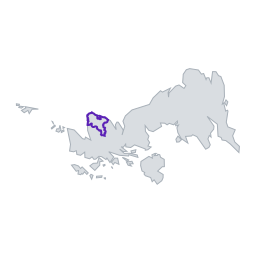 United Kingdom, with Aberdeenshire highlighted, rotated 268°
{"feature_id": "GBR-2013", "entity_name": "Aberdeenshire", "entity_type": "Unitary District", "adm_level": 1, "iso_a3": "GBR", "parent_name": "United Kingdom", "parent_adm1": "", "projection": "mercator", "projection_center": [-2.632, 57.223], "detail": "fine", "context": "in_parent", "style": "outline", "palette": "violet", "viewbox_px": 256, "rotation_deg": 268, "n_neighbors": 0, "source": "natural_earth", "source_scale": "10m", "svg_char_len": 6181}
<svg xmlns="http://www.w3.org/2000/svg" viewBox="0 0 256 256"><g transform="rotate(268 128 128)"><path d="M136.9,207.5L126.9,214.0L123.8,213.6L120.0,210.3L116.0,210.7L117.7,209.0L114.3,207.5L108.3,209.6L105.7,208.1L104.1,204.9L117.0,196.5L119.0,192.4L117.8,191.1L117.6,185.2L110.8,187.3L115.6,180.8L121.5,177.7L126.5,176.9L129.2,178.6L128.4,176.0L129.6,175.4L131.3,177.7L133.2,177.6L129.6,173.7L131.2,169.4L129.8,167.2L131.5,164.9L131.9,160.6L128.4,161.6L123.5,153.0L124.9,148.8L129.9,145.2L124.0,145.3L119.2,148.6L115.8,147.3L112.8,149.1L109.3,147.3L108.2,150.5L105.6,147.1L105.2,144.5L106.5,144.5L110.9,134.0L108.4,130.0L109.2,125.2L112.0,125.1L109.0,122.7L109.5,120.5L104.7,126.1L104.6,122.4L107.2,118.9L102.7,123.4L102.7,128.5L100.7,136.3L98.3,136.9L101.3,127.9L100.0,127.6L101.0,118.6L105.0,107.9L99.6,112.7L94.1,108.8L98.7,105.9L97.2,104.9L100.3,100.6L100.7,97.9L98.0,94.7L97.9,92.8L100.4,91.1L98.6,88.5L100.1,83.9L105.4,83.9L102.4,79.7L103.3,76.0L107.1,75.5L106.1,72.8L107.0,68.8L113.7,70.0L129.7,67.3L127.9,74.2L118.9,82.2L118.3,84.5L120.4,85.2L117.2,90.4L126.9,87.6L141.0,87.7L143.4,89.7L144.4,92.7L136.1,110.5L126.7,116.2L131.7,115.5L134.3,117.2L134.1,118.5L126.1,123.2L121.2,121.8L129.8,124.8L135.0,123.2L140.2,125.8L145.9,132.6L150.8,150.2L157.3,154.2L164.1,161.8L162.7,163.7L166.4,171.8L161.9,169.3L157.4,169.6L161.6,170.2L168.2,177.1L169.2,180.5L165.6,185.4L168.3,187.3L171.5,184.2L179.8,185.1L184.2,188.3L185.2,191.7L183.5,200.4L179.3,203.2L179.8,205.5L173.7,207.7L175.4,208.4L175.4,210.6L170.0,212.6L181.4,214.5L181.2,217.9L177.1,220.3L176.2,222.6L167.4,225.6L156.0,225.5L148.6,223.1L149.6,224.5L141.5,226.2L142.3,228.0L141.5,228.5L130.3,226.4L125.6,227.9L122.5,235.1L116.5,232.3L110.3,234.2L105.8,238.7L99.6,238.0L108.4,229.7L112.0,225.3L112.7,221.6L115.3,220.7L116.6,217.7L128.7,217.4L136.9,207.5ZM95.4,163.1L88.1,163.0L88.1,160.9L83.9,156.1L80.3,161.5L77.0,161.3L74.1,159.9L70.8,155.2L75.3,152.3L73.5,150.3L77.7,148.9L79.7,143.7L81.5,142.4L82.9,143.2L84.6,140.5L90.1,139.3L94.1,139.8L98.9,147.9L97.0,151.4L100.4,151.0L101.7,154.2L101.6,155.4L99.4,153.2L99.6,156.6L100.7,156.8L100.2,158.8L97.6,159.5L95.4,163.1ZM93.3,73.3L91.8,77.1L89.2,79.2L90.7,80.8L84.5,86.7L83.1,85.3L85.7,82.9L83.4,81.2L84.2,80.2L83.0,79.2L83.7,76.4L87.2,77.1L86.6,74.7L92.9,70.2L93.3,73.3ZM93.9,92.0L94.0,96.1L99.4,98.0L95.8,101.9L95.2,98.5L91.9,98.5L86.8,93.4L91.5,88.5L93.9,92.0ZM149.3,22.1L151.6,26.6L152.9,26.0L150.0,39.1L150.1,32.8L145.8,29.8L149.1,28.6L146.9,24.8L149.3,22.1ZM98.2,116.6L92.0,117.7L94.0,113.6L91.9,111.9L94.4,110.3L98.4,113.6L98.2,116.6ZM115.1,175.5L118.2,177.7L114.4,181.0L112.3,178.6L112.2,176.1L115.1,175.5ZM94.1,125.2L94.6,130.8L92.1,131.9L92.1,128.3L89.9,130.0L90.8,126.8L94.1,125.2ZM129.7,56.9L129.5,59.0L133.1,60.1L128.4,60.9L126.2,58.7L127.4,55.9L129.7,56.9ZM106.0,135.1L103.3,134.5L102.9,130.6L105.0,130.2L106.0,135.1ZM152.7,226.9L150.6,228.7L146.9,227.3L149.8,225.4L152.7,226.9ZM96.0,127.6L94.8,126.0L98.8,121.3L98.0,123.7L96.0,127.6ZM81.7,88.2L83.0,89.4L81.9,91.4L78.1,89.9L81.7,88.2ZM81.1,100.4L79.6,100.0L79.3,94.7L80.9,94.9L81.1,100.4ZM153.0,24.3L151.6,22.2L152.4,19.5L153.6,20.3L153.0,24.3ZM133.5,54.9L132.5,55.5L129.7,51.8L130.6,51.3L133.5,54.9ZM128.4,63.7L127.1,64.0L125.8,61.2L127.2,61.2L128.4,63.7ZM156.1,17.3L155.5,20.3L154.4,20.0L154.4,17.3L156.1,17.3ZM136.9,53.0L134.2,53.9L137.2,52.4L136.9,53.0ZM92.4,103.6L91.6,103.8L90.6,102.4L91.9,101.7L92.4,103.6ZM131.5,63.0L130.6,64.6L129.9,63.1L131.5,63.0ZM89.5,110.7L87.9,111.4L90.0,109.9L89.5,110.7ZM79.2,103.5L78.2,103.8L77.7,103.4L78.8,102.4L79.2,103.5Z" fill="#d9dde1" stroke="#a8b0b8" stroke-width="1"/><path d="M132.4,87.7L133.1,87.7L133.2,87.8L133.3,88.0L133.6,88.0L133.7,87.9L133.8,87.9L133.9,88.0L134.3,87.9L135.3,88.2L135.6,88.2L135.8,88.5L135.9,88.4L136.0,88.3L136.1,88.2L136.3,88.2L136.9,88.5L137.0,88.3L137.2,88.5L137.3,88.5L137.4,88.4L137.6,88.2L137.9,88.3L138.1,88.4L138.2,88.1L138.3,88.0L138.4,87.9L138.5,87.9L139.2,88.2L139.5,88.3L139.8,88.3L140.5,87.7L141.9,87.7L141.9,87.8L142.0,88.0L142.2,88.3L142.3,88.3L142.5,88.2L142.8,88.3L142.9,88.6L143.9,89.7L144.0,90.0L144.0,90.4L144.1,90.8L144.3,91.2L144.3,91.3L144.2,91.6L144.3,91.8L144.7,92.2L144.4,92.4L144.4,92.5L144.5,92.6L144.6,92.8L144.3,93.1L143.9,93.7L143.7,94.1L143.6,94.4L142.4,95.5L142.1,96.0L141.4,98.0L141.3,97.8L141.1,97.7L140.8,97.7L140.7,97.7L140.4,97.8L140.3,98.0L140.2,98.1L139.9,98.1L139.7,97.9L139.5,97.7L139.2,97.7L138.8,97.7L138.6,97.8L138.5,98.0L138.4,98.1L138.4,98.3L138.4,98.7L138.6,98.8L138.7,99.0L138.8,99.3L138.7,99.6L138.5,99.9L138.2,99.9L137.9,99.9L137.8,100.1L137.8,100.4L137.8,100.7L137.9,100.9L138.0,101.1L138.5,101.0L138.8,100.9L139.1,100.8L139.5,100.7L139.9,100.6L140.4,100.5L140.7,100.4L141.0,100.5L140.1,102.4L139.7,103.1L139.6,103.9L139.6,104.1L139.7,104.4L139.7,104.6L139.5,105.0L139.4,105.1L139.4,105.5L139.2,105.8L138.8,106.1L138.5,106.5L138.2,107.0L137.4,107.7L137.2,107.8L137.0,108.1L136.9,108.3L136.7,108.2L136.2,108.2L135.7,107.7L135.0,107.6L134.7,107.4L134.2,106.5L134.2,106.2L134.1,105.8L134.3,105.4L134.3,105.2L134.1,105.0L134.0,104.6L133.5,104.2L133.3,103.9L133.1,103.7L132.6,103.7L132.3,103.4L131.8,103.1L131.6,103.2L131.2,103.5L130.0,103.4L129.6,103.6L129.4,103.8L129.3,104.0L129.1,105.0L128.9,105.1L128.5,104.8L128.0,104.7L127.1,104.3L127.0,104.8L126.9,104.9L126.3,105.1L126.0,105.3L125.8,105.3L125.3,105.3L125.0,105.5L124.5,105.1L124.0,105.2L123.8,105.2L123.7,105.1L123.7,104.5L123.5,104.3L123.1,104.4L122.7,104.3L122.4,104.5L122.1,104.5L121.9,104.5L121.7,104.2L121.1,104.3L121.3,103.6L121.6,103.2L121.7,102.2L121.8,101.5L121.7,101.4L121.8,101.2L122.5,100.8L122.7,101.0L123.1,101.1L123.9,101.1L124.8,101.1L125.4,101.1L125.9,101.0L126.3,100.9L126.6,100.7L126.6,100.4L126.5,100.1L126.4,99.8L126.3,99.7L126.4,99.3L126.5,99.1L126.8,98.9L127.1,98.8L127.3,98.4L127.6,98.1L127.9,97.7L128.1,97.3L128.7,97.1L128.9,96.9L129.2,97.0L129.6,97.1L129.8,97.1L130.0,97.1L130.2,96.9L130.5,96.5L130.7,95.8L130.7,95.4L130.7,95.0L130.5,94.6L130.3,94.3L130.2,93.9L130.2,93.2L130.4,92.6L131.1,92.0L131.6,91.7L132.0,91.6L132.5,91.7L132.9,91.9L133.4,92.0L133.7,91.8L133.7,91.5L133.6,91.1L133.2,90.6L132.9,90.3L132.4,89.2L132.4,88.4L132.4,87.9L132.4,87.7Z" fill="none" stroke="#5b21b6" stroke-width="2"/></g></svg>